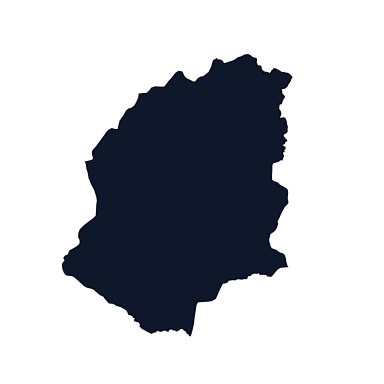 the district of Saravane, Saravan, Laos, rotated 284°
{"feature_id": "54806243B98474683656009", "entity_name": "Saravane", "entity_type": "district", "adm_level": 2, "iso_a3": "LAO", "parent_name": "Laos", "parent_adm1": "Saravan", "projection": "orthographic", "projection_center": [106.381, 15.692], "detail": "fine", "context": "isolated", "style": "filled", "palette": "ink", "viewbox_px": 384, "rotation_deg": 284, "n_neighbors": 0, "source": "geoboundaries", "source_scale": "gbopen_adm2", "svg_char_len": 5979}
<svg xmlns="http://www.w3.org/2000/svg" viewBox="0 0 384 384"><g transform="rotate(284 192 192)"><path d="M282.9,127.8L280.1,126.8L276.7,124.5L274.2,117.3L270.8,117.7L266.2,117.0L261.9,115.9L258.2,113.0L257.2,110.8L255.0,109.1L249.9,107.7L243.9,105.3L237.2,105.2L234.6,105.5L233.8,102.2L233.9,98.9L231.6,96.4L228.0,94.5L226.3,94.0L212.9,88.5L209.1,86.5L207.4,85.9L206.2,86.1L203.5,87.1L201.2,88.6L199.7,88.4L198.4,87.3L197.8,86.5L195.3,81.6L194.1,82.7L193.0,83.3L189.5,84.5L186.0,86.7L180.4,89.1L178.8,90.6L177.6,91.2L175.6,92.8L170.7,97.2L163.7,101.4L160.3,102.6L158.7,102.8L157.3,102.8L151.4,104.0L145.6,105.1L142.6,103.3L133.7,96.1L131.0,94.4L128.1,92.8L125.0,92.4L120.9,93.1L119.3,94.6L117.3,95.7L116.4,95.9L114.0,95.9L111.8,94.5L110.7,93.6L105.1,87.8L102.7,87.6L100.7,87.0L99.5,85.2L98.8,84.5L97.4,84.0L96.9,84.0L96.0,84.9L95.3,85.5L94.6,85.6L90.7,84.0L87.4,85.1L86.0,85.7L83.1,87.8L81.8,89.5L81.4,91.3L82.1,95.7L81.7,98.0L81.0,99.6L75.8,109.3L75.1,110.9L74.6,112.4L74.5,113.9L74.5,117.9L74.4,119.1L74.1,120.2L73.7,121.4L73.0,122.4L70.4,127.8L69.5,131.9L69.3,132.4L68.3,133.0L64.5,138.5L65.1,142.1L64.8,144.0L64.0,146.1L63.7,151.4L61.9,157.3L60.1,159.1L59.7,159.2L59.2,159.7L58.1,160.4L58.2,161.9L58.9,162.1L57.9,162.9L57.9,163.1L58.3,163.3L57.6,164.3L57.7,165.9L57.4,166.0L56.8,165.3L56.5,165.4L56.4,165.6L56.6,166.4L56.9,166.8L56.8,167.3L56.3,167.6L55.6,167.6L53.3,167.5L53.4,168.4L53.2,169.2L53.4,170.8L53.3,171.9L52.6,173.0L51.2,174.3L49.4,174.3L49.2,174.4L49.0,175.0L48.1,176.1L47.6,177.4L47.2,179.6L46.6,181.1L45.8,184.5L45.4,186.4L45.4,186.8L45.9,187.2L46.0,187.7L46.6,187.7L47.0,188.1L47.2,188.3L47.0,189.4L47.1,189.8L48.7,189.9L48.6,190.8L48.7,191.2L49.1,191.5L49.7,191.6L50.2,192.6L50.1,193.1L49.5,193.6L49.3,195.1L50.2,195.9L50.3,196.8L50.8,196.9L51.0,197.3L51.7,197.5L51.5,198.5L51.7,200.2L51.3,201.8L51.4,202.4L52.7,202.4L54.1,204.4L54.4,205.1L54.5,206.2L53.9,206.8L53.9,208.1L54.6,209.7L54.3,210.0L53.7,210.2L53.7,210.5L54.2,211.6L54.9,211.7L55.3,212.6L57.0,213.7L57.6,215.2L57.0,217.5L56.4,217.7L56.1,218.1L56.2,218.5L56.7,218.8L56.4,219.7L55.5,220.1L54.6,221.1L54.4,221.6L53.8,222.0L53.7,223.2L53.9,224.0L53.6,224.1L53.2,223.9L52.5,224.3L52.3,224.6L52.3,225.0L57.5,225.2L65.0,225.0L69.0,224.4L82.8,223.0L85.9,223.4L87.2,224.4L90.0,233.4L91.6,237.2L94.3,240.1L95.5,240.5L104.1,241.9L109.0,243.0L111.4,243.8L111.7,245.4L113.1,247.7L114.0,247.7L114.6,248.5L115.5,248.5L115.9,248.8L116.1,250.7L116.7,251.6L117.1,252.7L117.3,254.7L117.9,255.7L118.9,256.3L119.0,257.3L119.4,258.3L119.7,261.3L120.0,262.0L120.8,262.5L120.7,263.3L121.2,264.6L121.1,265.3L122.2,266.1L122.5,266.0L123.1,265.6L123.6,265.7L125.3,267.7L125.2,268.6L126.3,269.1L127.6,270.3L128.8,270.6L129.1,270.9L129.0,271.2L128.4,271.6L128.4,272.0L129.0,273.0L129.0,274.8L129.9,276.0L130.2,277.3L130.2,277.6L128.8,277.9L128.6,278.1L128.8,278.5L129.8,279.0L129.3,280.2L129.7,281.2L129.7,282.5L130.2,282.9L130.3,283.2L130.2,284.8L129.3,285.1L129.1,285.4L129.4,288.5L129.9,289.3L137.9,293.2L138.7,293.9L140.7,296.2L142.7,302.4L143.4,301.6L145.6,300.5L146.9,299.6L149.7,298.6L150.7,297.8L151.6,297.5L152.5,296.9L153.3,296.0L153.7,295.1L153.7,293.0L154.6,289.4L155.4,288.2L155.6,287.4L155.8,284.3L156.1,282.9L156.7,282.0L158.2,280.7L162.8,278.1L164.1,277.7L165.1,277.5L167.3,277.7L169.2,277.3L170.1,277.6L171.4,278.4L172.9,279.9L175.3,281.6L179.3,282.5L181.0,282.5L182.1,282.4L183.4,281.6L184.1,281.4L185.4,281.6L188.1,282.3L195.3,283.6L196.2,284.1L197.8,284.3L200.2,285.0L204.2,287.3L204.9,287.3L206.0,287.0L207.9,286.0L209.8,285.5L214.7,284.7L216.2,284.1L217.0,283.6L217.7,282.5L218.9,278.7L219.3,276.6L219.7,275.8L219.8,274.8L220.6,274.0L221.3,272.9L221.5,269.9L222.1,267.3L222.7,266.4L223.3,266.0L227.8,264.7L231.3,264.2L237.0,262.8L238.4,262.9L239.4,263.2L240.5,263.9L241.3,265.6L243.0,268.4L245.0,270.0L245.2,270.6L245.0,271.2L245.1,271.4L245.4,271.5L249.2,271.8L249.8,271.4L250.1,270.8L250.4,270.6L252.9,270.1L253.3,270.3L253.4,270.9L253.7,271.3L253.9,271.2L254.1,270.5L254.3,270.4L255.2,270.6L256.6,271.5L257.1,271.6L257.9,271.1L257.9,270.1L258.4,269.3L258.2,268.2L258.3,267.9L259.0,267.5L259.7,267.7L260.3,268.1L261.0,269.3L261.5,269.8L262.2,269.8L262.9,269.2L263.2,269.2L264.1,270.8L264.6,271.2L264.9,271.2L265.4,270.7L265.7,269.6L266.8,268.6L267.7,267.0L268.9,266.5L271.4,267.0L271.6,268.2L273.4,269.4L273.8,269.4L276.3,268.7L277.9,268.6L279.1,268.1L280.5,267.1L282.8,266.3L284.1,265.5L285.5,264.5L285.8,263.9L285.9,263.0L284.4,259.3L284.5,258.6L285.1,258.4L287.7,259.0L289.1,259.1L290.2,258.7L291.3,258.1L293.1,256.1L294.0,255.6L297.4,255.2L299.0,255.4L299.2,256.9L299.9,257.2L303.3,257.4L305.0,257.8L306.4,258.5L307.1,258.2L308.8,255.3L312.1,254.1L312.8,252.7L313.2,252.5L314.0,253.8L315.1,256.3L316.0,257.3L317.4,258.3L320.4,259.0L321.9,259.7L323.9,260.3L326.0,260.2L326.4,260.7L327.2,261.0L328.4,259.9L329.8,257.3L330.1,255.9L330.0,255.2L329.3,254.5L329.5,254.0L330.0,253.4L330.1,252.8L329.4,251.1L330.0,248.3L330.7,246.3L331.5,243.0L331.1,241.5L330.7,241.5L330.2,241.2L329.5,241.2L328.7,240.3L328.2,240.5L328.0,240.2L327.2,240.3L326.9,239.8L326.5,240.0L326.2,239.5L324.9,239.5L325.1,238.2L325.7,237.8L325.6,237.4L325.9,236.9L326.0,236.4L325.8,235.9L325.9,235.3L325.6,234.7L325.8,233.7L325.6,233.7L325.3,233.9L324.7,233.9L325.0,233.3L324.7,232.8L325.4,232.7L325.5,232.4L326.0,232.2L326.9,230.2L327.3,229.7L330.3,228.3L330.5,227.9L330.1,224.3L331.6,224.0L333.2,222.5L335.1,222.6L336.3,222.2L336.8,221.8L336.9,221.3L336.7,218.5L337.0,217.8L337.9,216.1L338.3,215.0L338.6,213.5L338.3,212.0L337.4,210.0L334.8,207.1L333.3,204.4L330.6,202.3L328.2,199.2L324.4,193.0L324.2,192.2L324.5,191.1L325.7,190.1L326.5,188.7L326.7,187.3L326.1,184.7L326.3,183.8L326.9,183.7L324.5,181.2L317.9,181.0L312.1,179.7L306.5,175.4L305.4,172.7L303.4,170.7L299.9,169.2L298.6,167.1L299.9,161.6L300.4,158.9L302.1,156.2L305.8,153.2L305.8,151.4L305.5,149.8L303.7,148.1L301.2,146.8L296.0,144.4L293.8,143.1L287.4,140.4L286.3,138.3L285.0,131.4L284.1,129.6L282.9,127.8Z" fill="#0f172a" stroke="#020617" stroke-width="1.5"/></g></svg>